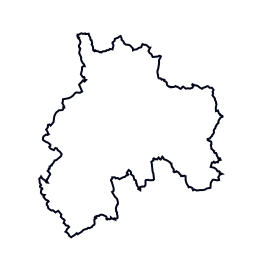 outline of Loikaw, Kayah, Myanmar, rotated 352°
{"feature_id": "60261553B25125997749826", "entity_name": "Loikaw", "entity_type": "district", "adm_level": 2, "iso_a3": "MMR", "parent_name": "Myanmar", "parent_adm1": "Kayah", "projection": "robinson", "projection_center": [97.339, 19.508], "detail": "fine", "context": "isolated", "style": "outline", "palette": "ink", "viewbox_px": 256, "rotation_deg": 352, "n_neighbors": 0, "source": "geoboundaries", "source_scale": "gbopen_adm2", "svg_char_len": 5819}
<svg xmlns="http://www.w3.org/2000/svg" viewBox="0 0 256 256"><g transform="rotate(352 128 128)"><path d="M214.8,186.6L213.4,185.6L212.4,185.5L212.7,184.2L212.2,183.5L210.6,183.3L209.8,181.3L207.9,179.4L204.5,178.1L206.2,174.1L206.9,174.3L208.3,173.3L209.3,174.6L210.7,174.0L212.2,174.5L213.2,172.6L215.3,172.4L214.7,170.7L213.9,171.0L213.0,170.5L212.8,169.0L212.0,167.5L212.2,166.7L211.7,165.0L210.7,165.0L209.8,163.9L209.7,163.4L210.1,162.8L207.6,160.1L207.9,159.4L207.6,156.4L208.4,155.7L208.3,154.8L208.6,153.8L208.3,153.0L205.7,151.5L205.2,150.9L205.3,150.0L207.8,149.7L208.8,148.4L210.3,147.5L210.3,146.8L211.9,145.5L212.5,144.2L212.5,142.9L212.9,141.7L214.5,140.2L215.0,138.7L215.7,138.3L215.7,137.8L216.6,136.7L218.4,135.5L218.3,134.5L218.8,133.2L221.2,130.5L223.1,130.1L223.3,129.5L222.0,128.3L221.0,127.9L220.9,126.8L220.1,126.3L219.5,123.2L217.5,123.5L217.7,120.3L219.0,116.6L218.6,115.6L218.8,114.3L218.0,112.2L218.2,111.0L216.2,107.3L217.2,105.5L216.8,104.0L218.0,102.3L216.8,99.9L214.4,99.5L213.4,98.1L212.2,97.6L210.3,98.3L207.9,98.7L206.8,99.5L204.6,97.9L203.1,96.2L201.2,95.2L199.8,95.1L199.2,94.3L198.0,93.6L197.6,94.1L198.0,95.2L198.0,96.3L197.4,97.1L194.9,97.6L192.8,97.0L190.7,97.1L188.4,94.7L187.8,94.8L186.2,96.3L185.4,96.5L182.6,94.0L181.9,93.9L180.9,93.1L179.7,93.7L176.5,93.7L176.5,93.4L175.6,93.4L174.9,92.7L174.3,92.8L172.9,91.3L172.5,90.0L172.7,88.5L171.8,87.2L170.4,86.5L170.2,85.9L170.6,85.3L169.0,84.6L168.0,84.8L167.2,83.4L165.5,83.1L165.0,82.0L165.1,79.4L164.8,78.2L165.1,75.5L166.1,73.7L167.7,68.6L168.1,65.2L169.6,63.2L170.5,61.7L170.3,61.3L168.8,60.8L167.5,61.4L162.3,61.1L161.4,58.2L159.9,56.8L159.0,54.6L161.2,51.5L160.0,51.3L158.5,49.2L157.0,48.0L155.6,47.9L154.3,47.0L153.8,47.1L152.4,49.8L149.6,50.3L147.5,51.3L144.7,51.3L143.8,51.7L143.9,49.9L141.9,46.9L140.4,45.8L137.7,45.2L136.1,43.9L135.4,41.5L133.9,39.7L134.2,38.6L133.5,35.9L132.6,36.1L130.6,37.2L127.4,37.9L126.8,39.9L124.6,41.1L124.4,42.1L124.9,42.8L125.1,44.3L123.6,48.0L121.0,47.2L119.6,48.2L117.7,48.0L116.7,48.8L113.7,48.6L112.3,49.4L111.9,49.0L111.0,49.2L108.9,47.8L106.7,47.3L106.6,46.5L105.9,46.4L105.3,47.1L104.4,46.0L104.6,43.1L104.3,41.5L103.6,40.2L104.3,39.1L104.1,36.0L103.4,35.8L103.1,35.1L103.2,33.1L102.4,31.3L102.2,29.2L98.9,29.1L98.7,28.4L96.6,28.6L95.0,27.7L92.0,28.8L91.1,28.5L90.6,29.7L92.0,31.6L91.1,31.9L92.4,33.8L92.9,36.1L92.5,37.6L90.8,39.7L90.9,41.7L91.6,42.1L91.8,42.6L90.0,46.9L91.5,51.7L91.2,52.4L91.2,54.7L92.3,57.5L93.3,58.8L93.7,60.8L92.6,60.6L91.0,61.3L90.4,64.5L88.8,68.2L90.3,71.4L91.5,71.3L92.0,72.0L91.5,73.7L93.2,74.6L91.4,76.0L89.7,74.7L88.9,75.7L85.6,78.2L87.7,85.5L85.3,86.4L81.6,85.6L80.0,86.4L77.9,88.4L75.8,89.5L73.7,90.2L67.6,90.5L67.1,93.0L66.4,94.1L67.8,98.0L67.7,98.9L66.8,98.6L66.7,99.6L65.9,100.9L64.3,101.1L62.3,100.8L59.3,102.5L57.8,104.2L56.6,106.3L55.0,111.9L51.6,114.9L50.7,113.6L49.1,113.9L48.7,116.3L46.7,118.2L47.9,120.7L48.0,122.6L48.6,123.2L47.3,123.7L46.0,123.1L43.2,124.6L42.4,126.1L42.2,128.0L45.0,130.5L46.4,131.1L48.8,133.6L48.5,135.1L47.5,135.5L47.5,136.3L48.5,137.7L51.4,139.6L53.3,137.7L54.8,138.4L55.3,140.2L57.1,141.8L58.7,144.6L57.6,146.7L52.4,149.9L50.9,149.9L49.1,152.3L47.7,153.4L47.4,154.3L46.7,154.2L45.5,155.5L45.0,155.4L44.7,157.3L43.9,157.3L43.5,158.5L42.5,159.4L44.0,161.4L44.5,163.0L42.5,165.3L41.8,166.8L41.0,167.1L40.4,167.9L40.3,169.7L40.9,170.9L39.7,170.6L38.5,168.3L36.2,166.2L35.2,164.0L34.8,164.7L33.1,165.8L33.0,170.2L34.0,172.4L32.8,173.2L32.8,174.4L34.7,175.9L34.6,176.6L33.5,177.1L32.7,180.1L34.0,182.2L36.2,182.7L34.7,184.4L36.5,187.5L38.9,189.0L39.2,189.7L37.2,190.9L36.8,192.6L37.6,193.8L37.9,196.4L39.3,197.9L41.0,199.1L42.2,199.0L44.5,201.5L47.4,200.3L50.0,204.4L49.1,206.4L50.5,208.6L51.7,209.5L52.4,210.5L51.0,213.2L52.2,214.2L52.8,215.7L55.0,216.5L55.9,217.8L53.5,219.7L52.4,221.6L51.7,222.1L53.4,223.4L54.5,225.1L54.6,226.2L56.4,228.3L60.8,226.3L62.6,225.0L63.4,226.2L67.3,224.5L69.9,222.6L73.5,222.1L74.7,221.3L76.1,221.8L78.8,220.8L79.3,219.9L81.3,219.0L81.6,218.0L81.9,213.9L82.9,213.4L82.7,212.4L83.9,212.5L83.4,211.2L84.2,211.0L84.3,211.4L85.1,210.8L87.3,211.0L87.8,210.3L89.6,210.1L91.3,210.7L94.0,212.6L94.3,213.7L93.9,215.0L94.5,215.7L95.3,215.0L96.6,215.8L98.2,215.6L98.6,214.2L99.4,215.3L101.8,216.6L101.5,216.0L101.9,215.5L103.3,216.2L104.7,215.9L105.1,215.5L105.4,213.6L105.1,211.7L105.4,210.0L104.6,208.7L104.9,207.2L104.8,205.7L106.6,202.4L107.3,202.1L107.7,200.5L107.4,196.9L105.4,194.0L103.3,189.1L104.9,188.4L105.2,187.5L105.4,185.4L104.4,179.0L103.9,177.9L104.0,176.8L105.3,176.0L105.5,174.7L108.1,175.0L108.9,176.2L110.8,176.1L112.4,177.5L116.4,176.1L118.1,176.0L119.8,174.6L121.1,174.7L121.9,174.0L121.1,173.3L120.5,172.3L122.8,169.7L124.3,171.2L124.3,170.8L124.8,172.3L124.6,174.3L126.7,176.4L127.1,180.2L128.3,180.7L128.6,182.1L128.4,183.9L129.0,184.7L128.7,185.6L130.3,189.0L129.7,189.8L131.5,191.3L132.0,188.1L134.1,187.9L135.7,188.3L137.0,187.5L137.5,186.3L138.0,182.5L138.5,182.0L140.7,182.1L142.3,182.8L145.8,183.1L146.6,182.3L146.8,176.9L146.3,174.3L146.6,166.9L146.4,164.7L148.6,163.7L148.7,162.0L149.3,161.7L149.7,162.5L150.2,162.3L150.7,162.8L151.7,162.7L152.5,163.2L154.2,161.5L155.5,163.6L155.9,163.8L158.0,161.2L158.9,162.4L159.0,163.8L159.3,164.1L161.4,165.0L164.7,167.7L165.4,169.2L166.1,169.3L165.9,171.1L166.2,172.8L167.5,175.3L167.6,176.1L167.0,177.4L167.5,178.2L168.2,178.3L169.8,177.6L170.0,178.0L170.3,177.9L171.9,179.0L172.7,180.7L173.5,181.4L173.7,182.8L174.9,183.2L175.4,183.0L175.7,183.3L176.9,183.0L178.3,183.7L177.8,187.9L178.4,191.5L179.5,193.8L179.8,195.1L180.9,194.9L182.5,195.7L183.5,196.7L183.3,197.1L183.8,198.7L185.1,198.1L187.4,199.5L191.0,199.5L193.1,199.9L195.9,199.7L197.4,198.9L201.3,198.7L202.4,193.7L204.7,191.1L205.4,191.0L208.8,192.2L211.0,192.2L211.0,190.9L210.5,189.4L212.7,186.8L214.8,186.6Z" fill="none" stroke="#020617" stroke-width="2"/></g></svg>